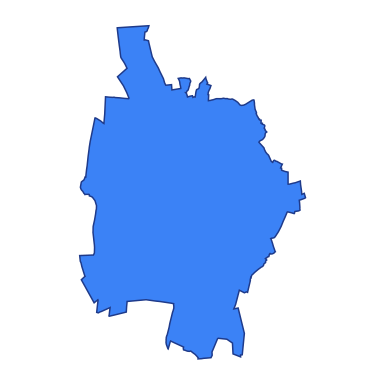 outline of Biharia, Bihor, Romania, rotated 269°
{"feature_id": "2599482B24055189409402", "entity_name": "Biharia", "entity_type": "district", "adm_level": 2, "iso_a3": "ROU", "parent_name": "Romania", "parent_adm1": "Bihor", "projection": "natural_earth1", "projection_center": [21.929, 47.156], "detail": "fine", "context": "isolated", "style": "filled", "palette": "blue", "viewbox_px": 384, "rotation_deg": 269, "n_neighbors": 0, "source": "geoboundaries", "source_scale": "gbopen_adm2", "svg_char_len": 5886}
<svg xmlns="http://www.w3.org/2000/svg" viewBox="0 0 384 384"><g transform="rotate(269 192 192)"><path d="M283.0,255.4L282.8,253.8L278.7,247.0L277.9,245.0L277.7,242.9L277.9,242.1L278.1,241.7L278.3,241.4L278.9,240.9L279.8,240.2L280.9,239.3L281.6,238.3L282.6,237.0L283.7,235.1L284.1,234.4L284.3,233.7L284.0,232.0L284.2,231.0L284.2,230.5L284.4,229.8L284.7,229.2L284.8,228.8L284.8,228.2L284.7,227.6L284.8,227.0L285.2,225.1L285.0,224.0L284.8,223.2L284.8,221.2L284.9,218.7L284.9,218.2L284.7,217.3L284.1,215.5L283.7,213.9L283.6,213.1L283.3,212.4L283.3,211.9L283.2,211.6L283.2,211.2L283.0,210.0L283.5,210.0L288.9,210.4L289.1,209.7L290.3,209.9L290.9,209.9L291.9,210.2L293.5,210.9L295.2,211.8L298.1,212.8L299.6,208.8L300.8,209.6L301.9,209.0L305.1,207.9L306.4,207.7L304.6,206.2L302.6,204.5L302.1,204.1L301.6,203.5L301.1,202.8L300.2,201.8L299.4,201.4L298.2,201.3L297.3,201.2L296.0,200.9L295.5,200.6L295.1,200.1L294.6,199.2L294.3,198.4L293.8,198.2L292.1,197.7L287.9,197.0L286.9,196.7L287.1,196.2L287.0,195.5L286.9,195.1L286.6,194.6L288.2,194.1L288.0,192.6L287.7,191.3L287.2,189.6L287.3,189.6L287.2,189.1L288.5,188.9L290.9,188.1L291.1,187.7L291.5,187.4L291.5,187.8L291.7,188.1L292.3,188.5L292.9,188.7L293.4,189.1L293.6,189.6L294.1,189.9L294.5,190.1L297.5,191.0L298.7,191.5L300.4,191.7L300.8,191.8L301.5,192.2L302.5,192.6L303.1,192.6L303.6,192.4L304.6,191.8L305.5,191.4L305.4,190.3L306.1,186.8L306.2,186.4L306.2,185.5L306.1,184.2L306.3,183.1L305.8,180.2L303.5,181.3L302.3,181.6L299.8,181.9L298.2,182.3L296.8,182.5L295.7,182.6L294.4,173.7L299.7,173.4L299.2,167.7L301.4,166.6L301.9,166.4L302.5,166.3L305.8,165.4L312.8,162.1L316.8,160.4L317.7,159.9L322.2,157.4L323.7,156.6L327.2,154.9L327.5,154.7L330.9,153.9L341.4,151.6L344.0,151.1L344.9,148.0L344.8,146.9L346.7,147.0L352.7,147.7L353.2,149.3L354.0,150.0L355.4,150.4L356.3,150.9L357.2,151.3L359.0,151.8L358.4,138.7L358.3,136.8L357.6,122.1L357.5,120.1L357.0,120.1L348.7,120.9L339.4,121.9L333.5,122.6L331.9,122.7L328.3,123.1L327.2,123.5L323.1,126.1L320.7,127.4L316.8,129.2L315.9,128.1L308.5,119.5L301.1,124.2L299.2,125.4L298.5,125.7L297.2,126.3L292.5,128.5L287.0,130.6L286.4,130.3L286.8,125.9L287.4,121.3L287.8,116.7L287.9,116.4L288.1,115.9L288.1,115.1L288.0,114.5L288.2,111.6L288.3,110.6L288.7,107.2L271.5,106.1L262.0,105.1L262.5,104.3L264.7,101.8L267.3,97.7L267.8,96.4L267.7,96.3L244.3,91.1L238.6,90.1L237.0,89.9L229.7,88.8L220.0,87.6L216.5,87.0L208.7,86.0L208.9,85.4L206.1,84.3L204.0,81.6L203.8,81.5L201.3,81.0L198.7,80.5L197.2,80.9L196.0,81.5L195.3,82.1L194.7,82.7L193.7,83.3L192.7,83.8L192.0,84.5L191.3,84.9L191.5,85.5L191.5,87.6L191.5,88.5L191.3,89.2L189.9,89.3L189.5,90.6L188.7,92.1L188.3,92.5L185.7,94.4L185.3,94.7L184.6,95.0L181.7,95.8L180.0,96.3L176.3,96.1L175.7,95.8L171.5,95.2L165.7,94.1L159.4,92.6L157.9,92.5L154.6,92.4L153.4,92.3L140.6,93.5L138.1,93.6L133.8,93.4L132.6,93.3L130.7,92.3L130.4,78.6L124.7,79.1L123.1,79.8L119.3,80.6L111.8,82.8L109.8,83.4L109.6,83.6L106.2,79.8L82.9,92.2L85.9,96.0L85.5,96.2L79.0,95.3L73.3,94.6L72.8,96.1L73.0,96.7L73.4,97.2L74.0,98.8L74.0,99.0L77.9,108.1L74.0,107.5L70.8,107.1L69.5,106.8L69.3,107.0L69.3,107.4L70.3,112.0L73.1,124.2L78.3,124.6L83.7,125.2L85.1,144.3L85.0,144.8L83.6,153.7L83.1,157.9L81.2,169.3L80.9,170.6L80.8,171.1L80.7,171.7L80.1,171.6L78.4,171.8L76.3,171.8L73.8,171.1L71.9,170.4L67.3,169.2L60.9,167.5L57.3,166.8L49.6,164.7L48.6,164.2L47.6,163.9L46.8,163.7L45.9,163.7L45.2,163.5L44.8,163.6L43.2,163.5L42.0,163.4L40.0,163.7L35.7,165.2L35.5,165.4L39.2,166.6L42.3,167.5L43.4,168.0L41.5,171.8L38.2,178.7L37.1,180.9L36.2,180.6L35.5,180.6L34.3,180.8L33.9,182.2L33.0,184.5L32.7,186.5L33.0,188.0L31.4,189.9L29.6,192.3L27.5,194.2L26.5,194.9L26.4,195.2L25.0,195.1L25.2,198.8L25.5,200.8L25.7,204.0L26.0,208.1L26.8,208.5L28.3,209.3L28.9,209.3L31.7,209.2L32.9,209.7L33.7,210.1L44.7,214.9L45.3,215.6L44.2,224.3L40.3,229.8L29.4,230.2L26.3,237.7L28.2,237.7L28.2,238.5L28.4,239.4L43.0,241.1L49.7,241.9L75.2,236.1L74.4,231.8L78.7,233.6L83.3,234.9L91.9,237.3L93.0,237.6L90.3,242.6L91.2,244.8L90.7,245.8L102.5,248.8L102.8,248.6L105.7,249.3L105.4,249.6L107.3,250.1L107.6,250.2L107.8,250.3L109.0,251.7L110.3,253.0L111.8,254.8L113.6,257.0L114.6,258.5L115.6,259.8L116.1,260.9L116.9,261.9L117.6,262.3L118.6,262.5L119.4,263.2L120.0,264.2L120.5,264.4L121.3,264.3L121.9,264.5L122.1,264.8L122.7,265.5L124.1,264.2L124.8,265.1L124.8,265.5L125.8,266.4L126.0,267.6L126.9,268.0L127.7,268.0L128.4,268.5L128.7,268.5L129.2,269.0L129.1,269.3L128.6,269.8L128.8,271.4L129.5,272.9L130.4,273.6L130.8,274.3L131.6,273.9L132.3,273.7L135.9,272.5L139.6,271.5L143.4,270.3L144.1,269.9L144.4,270.7L144.5,271.7L144.8,273.2L145.7,274.3L150.3,277.4L151.3,278.0L154.1,279.5L156.2,280.6L161.2,282.7L165.4,284.7L170.0,286.7L170.3,286.9L170.4,287.1L170.4,287.3L170.4,287.6L170.0,289.1L169.5,291.0L168.6,293.8L168.7,294.0L170.4,294.4L170.7,294.5L170.8,295.0L171.2,298.1L171.7,299.3L172.0,299.7L173.6,299.5L174.7,299.6L179.0,299.4L181.9,299.1L182.4,300.8L183.8,304.7L184.3,305.4L188.7,304.2L187.7,301.8L189.2,301.6L190.4,301.6L197.5,300.7L201.1,300.5L199.4,295.3L199.1,293.5L198.1,289.3L198.2,288.2L210.2,288.4L210.9,285.4L212.2,282.0L214.2,282.0L214.5,281.0L218.3,282.8L218.5,281.9L221.2,277.3L221.4,276.2L222.1,275.4L222.3,274.8L222.0,274.2L221.4,273.8L220.2,273.2L221.2,271.8L227.2,269.3L227.9,268.8L229.0,267.6L230.6,266.4L233.2,265.2L234.9,264.7L240.5,259.8L241.1,260.0L242.1,261.1L242.8,262.7L243.2,263.4L244.2,264.4L245.4,265.3L246.2,265.8L247.7,266.1L248.5,266.1L249.2,266.3L249.8,266.6L250.7,267.8L251.4,267.3L251.8,266.6L252.2,266.3L252.5,266.2L253.2,266.2L253.6,266.0L254.0,265.7L254.5,265.3L254.8,265.4L256.5,265.9L256.9,265.9L257.3,265.9L257.8,265.4L258.3,264.3L258.6,263.4L259.5,263.5L259.6,262.2L262.6,262.4L262.9,260.8L263.8,260.7L263.9,260.0L265.1,259.6L267.3,258.3L269.4,257.5L269.9,257.9L270.7,257.7L272.4,257.0L273.8,256.5L278.0,256.0L279.8,256.0L282.8,255.6L283.0,255.4Z" fill="#3b82f6" stroke="#1e3a8a" stroke-width="1.5"/></g></svg>